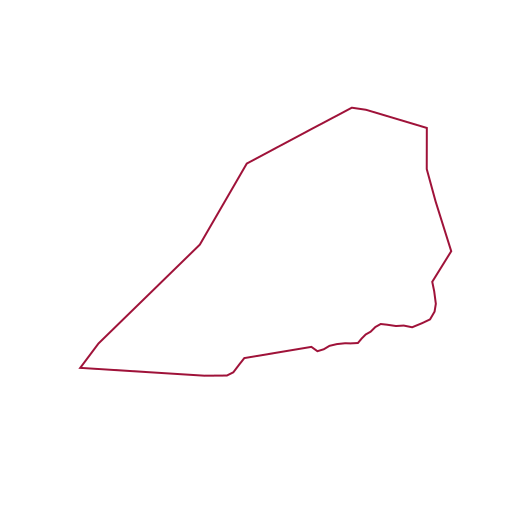 outline of Floresta do Piauí, Piauí, Brazil, rotated 253°
{"feature_id": "56859067B30804190788438", "entity_name": "Floresta do Piauí", "entity_type": "district", "adm_level": 2, "iso_a3": "BRA", "parent_name": "Brazil", "parent_adm1": "Piauí", "projection": "robinson", "projection_center": [-41.832, -7.451], "detail": "fine", "context": "isolated", "style": "outline", "palette": "rose", "viewbox_px": 512, "rotation_deg": 253, "n_neighbors": 0, "source": "geoboundaries", "source_scale": "gbopen_adm2", "svg_char_len": 656}
<svg xmlns="http://www.w3.org/2000/svg" viewBox="0 0 512 512"><g transform="rotate(253 256 256)"><path d="M328.5,456.8L363.7,403.9L369.8,391.0L361.1,345.7L353.7,307.8L347.1,274.2L283.3,205.6L218.4,79.8L200.4,55.2L156.6,171.7L150.2,193.2L151.4,200.3L157.3,208.5L161.8,215.0L152.9,282.4L147.0,286.9L147.0,293.6L148.6,300.0L148.1,307.6L146.5,315.8L144.8,320.8L143.0,328.0L146.3,333.1L148.9,338.0L150.1,343.5L153.2,349.4L154.5,355.4L152.0,361.2L148.1,369.4L146.3,376.9L142.2,384.5L143.2,395.1L144.5,403.9L150.6,410.5L157.7,414.0L170.2,416.1L179.8,417.0L203.5,444.1L255.7,443.7L289.2,444.7L328.5,456.8Z" fill="none" stroke="#9f1239" stroke-width="2"/></g></svg>